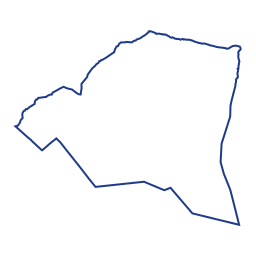 San Andrés Huaxpaltepec, Oaxaca, Mexico (Equal Earth projection)
{"feature_id": "50627088B11126229802740", "entity_name": "San Andrés Huaxpaltepec", "entity_type": "district", "adm_level": 2, "iso_a3": "MEX", "parent_name": "Mexico", "parent_adm1": "Oaxaca", "projection": "equal_earth", "projection_center": [-97.916, 16.341], "detail": "fine", "context": "isolated", "style": "outline", "palette": "blue", "viewbox_px": 256, "rotation_deg": 0, "n_neighbors": 0, "source": "geoboundaries", "source_scale": "gbopen_adm2", "svg_char_len": 2818}
<svg xmlns="http://www.w3.org/2000/svg" viewBox="0 0 256 256"><path d="M239.7,46.5L237.5,46.1L236.4,45.7L235.6,45.7L233.5,45.9L232.6,46.1L230.6,47.2L228.6,48.5L227.5,48.7L226.8,48.7L226.0,48.5L226.0,48.3L222.7,47.7L220.4,47.5L219.3,47.4L216.5,46.9L213.7,46.1L210.9,45.4L209.9,45.4L209.1,45.0L208.5,44.6L208.2,44.6L204.6,43.5L203.1,43.5L202.2,43.7L201.5,43.5L201.3,43.5L200.5,43.2L198.7,42.9L196.9,42.3L195.4,41.8L193.5,41.2L193.2,40.9L192.5,40.7L191.5,40.3L191.3,40.2L190.5,40.2L189.8,39.8L188.4,39.6L187.9,39.8L186.6,39.7L184.5,39.3L183.9,39.4L183.8,39.5L183.5,39.2L182.5,38.9L182.1,39.1L180.6,39.7L179.4,39.2L178.5,39.0L177.5,38.9L177.3,38.9L176.7,39.0L176.4,38.8L175.9,38.7L174.8,38.7L174.4,38.2L173.4,37.8L172.7,37.5L172.6,37.4L171.8,37.7L171.6,37.8L171.1,37.5L170.2,37.2L169.3,36.6L169.1,36.4L168.0,35.9L166.9,35.2L166.3,34.8L165.9,34.6L164.4,34.7L163.7,34.2L162.8,34.5L162.5,34.4L162.2,34.2L161.3,34.1L160.7,34.0L159.2,33.7L158.2,33.6L156.3,33.9L155.8,33.5L155.6,33.1L153.8,32.4L153.0,32.1L152.4,31.9L151.8,31.6L151.0,31.4L150.6,31.3L150.3,31.4L149.8,31.2L149.5,31.3L149.1,31.5L148.8,31.5L148.9,31.9L146.2,34.2L145.1,35.1L142.5,36.6L140.4,38.1L139.2,38.7L138.5,38.9L136.9,39.4L135.5,40.6L133.9,40.8L131.9,42.4L126.4,41.9L125.2,42.3L120.6,42.5L118.9,44.2L118.1,46.0L116.7,46.4L114.9,49.5L114.2,52.1L110.4,54.7L105.9,57.8L103.6,59.1L102.5,59.8L101.1,60.1L100.3,61.1L99.1,61.3L98.5,62.8L97.3,63.6L96.1,64.4L95.2,65.8L92.4,68.2L88.2,73.9L87.5,75.2L87.2,77.0L81.5,83.8L81.5,85.9L81.6,88.1L80.6,94.5L78.9,94.3L76.7,93.1L72.0,89.5L69.6,89.0L66.8,88.2L63.6,86.8L61.4,87.8L59.2,89.0L56.2,90.7L52.6,92.6L51.8,94.6L50.1,94.6L47.3,95.9L46.2,97.0L44.2,97.1L41.0,97.6L38.2,97.9L37.3,99.4L36.2,99.5L34.9,101.4L34.7,103.9L29.5,107.1L27.3,109.1L25.8,109.1L25.1,110.5L23.8,111.0L22.8,112.5L22.3,114.0L22.5,116.8L22.6,118.1L20.8,120.0L19.7,123.1L17.8,125.7L15.4,126.3L25.8,135.6L28.2,137.7L28.9,138.2L31.0,140.0L32.0,141.1L32.6,141.7L36.5,145.3L36.8,145.6L41.4,149.8L41.7,150.0L42.2,150.3L44.5,148.3L52.2,141.6L53.0,141.2L56.3,138.4L60.2,142.2L60.6,142.7L66.8,150.6L73.5,159.0L79.7,166.8L82.5,170.4L82.6,170.5L86.8,176.0L89.2,179.1L95.5,186.9L116.1,184.7L143.5,181.8L143.9,181.7L164.3,190.2L170.5,187.8L192.4,213.4L213.3,218.5L239.1,224.8L235.6,210.7L230.3,189.9L223.8,173.7L220.6,162.2L221.6,143.6L226.1,129.5L230.2,116.5L230.5,105.8L231.6,100.5L235.5,85.4L235.4,84.7L235.5,84.0L236.1,81.5L236.0,80.2L236.0,79.7L236.7,78.4L236.9,78.4L237.5,77.8L237.9,76.8L237.6,74.6L237.4,73.4L237.7,72.1L238.0,71.3L238.1,69.7L237.8,69.3L237.6,68.9L237.8,68.7L238.5,68.4L238.4,67.9L238.5,65.8L238.7,64.8L238.9,64.6L238.9,63.0L239.2,62.3L239.4,61.3L238.6,58.9L238.2,56.0L238.6,54.4L238.5,54.0L238.3,53.5L238.2,52.8L238.6,51.6L239.3,50.5L239.7,50.4L240.5,49.5L240.6,49.1L240.6,48.3L239.7,46.5Z" fill="none" stroke="#1e3a8a" stroke-width="2"/></svg>